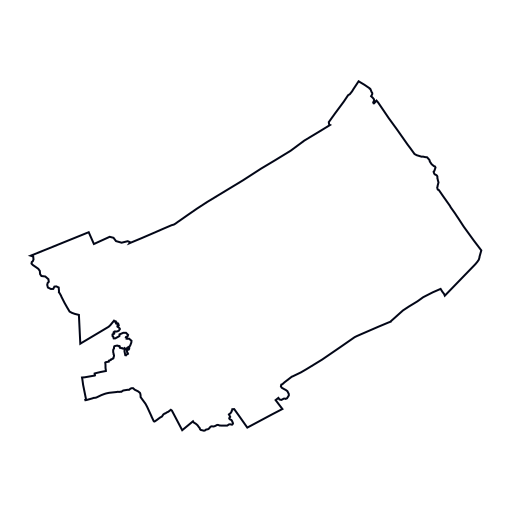 Izvoru, Arges, Romania
{"feature_id": "2599482B92103311949718", "entity_name": "Izvoru", "entity_type": "district", "adm_level": 2, "iso_a3": "ROU", "parent_name": "Romania", "parent_adm1": "Arges", "projection": "equal_earth", "projection_center": [25.054, 44.498], "detail": "fine", "context": "isolated", "style": "outline", "palette": "ink", "viewbox_px": 512, "rotation_deg": 0, "n_neighbors": 0, "source": "geoboundaries", "source_scale": "gbopen_adm2", "svg_char_len": 5931}
<svg xmlns="http://www.w3.org/2000/svg" viewBox="0 0 512 512"><path d="M247.3,427.6L272.4,414.2L282.4,409.0L275.6,400.1L278.4,397.9L279.5,399.5L281.4,399.9L283.9,398.6L285.0,398.6L285.6,398.9L287.0,398.3L288.8,395.5L288.8,394.0L287.4,391.2L285.8,390.0L284.1,389.1L281.7,387.7L280.9,386.4L281.3,384.6L282.4,384.2L284.5,382.3L291.9,376.6L292.4,376.5L300.9,372.4L306.4,369.2L322.1,359.6L340.2,347.2L354.6,337.2L356.8,336.1L361.6,334.0L378.2,326.8L388.7,322.4L390.6,321.7L390.8,321.6L390.8,321.3L403.0,310.4L409.1,306.4L413.9,303.5L417.5,301.3L423.2,297.2L432.8,292.3L440.6,288.9L442.2,291.5L444.1,294.0L444.8,295.7L474.3,265.3L475.7,263.8L477.5,261.6L478.1,260.7L478.8,259.7L479.5,257.3L479.5,256.8L481.3,250.4L473.7,240.4L463.7,226.6L458.5,218.6L456.6,215.8L455.1,213.5L450.7,207.3L449.9,205.8L443.1,196.2L438.9,190.1L438.1,189.8L437.7,189.4L437.5,188.8L437.2,187.5L437.6,186.3L437.6,185.8L438.5,182.4L437.9,180.4L437.6,178.8L437.4,178.4L437.4,176.7L437.2,176.1L436.9,175.6L436.0,174.9L435.0,174.5L434.4,173.9L434.1,173.3L433.6,171.8L434.4,170.8L435.5,167.5L435.0,166.5L433.9,166.1L431.6,164.2L429.8,161.5L429.6,160.4L429.3,159.8L427.1,157.3L425.1,157.1L423.0,156.6L421.6,156.7L416.7,155.2L414.5,154.0L410.7,148.7L407.6,144.6L397.0,129.5L388.7,118.1L382.2,108.5L378.2,102.6L376.5,100.6L374.1,103.3L373.6,103.3L373.2,102.4L374.2,100.3L373.9,99.2L372.7,97.7L371.1,96.2L371.9,94.9L372.3,93.9L372.2,92.9L371.4,91.7L371.1,90.7L370.3,88.9L369.7,88.7L369.6,88.3L364.3,84.7L358.6,81.3L353.3,89.3L352.1,91.3L349.8,94.2L348.1,95.2L343.8,101.6L335.2,113.2L328.8,122.1L328.9,123.0L329.2,124.6L330.0,125.0L322.2,129.8L304.3,140.6L290.7,150.7L275.0,160.3L261.1,168.6L243.0,180.3L207.3,201.9L196.7,208.8L187.3,215.3L178.9,221.2L178.4,221.5L175.5,223.6L173.8,224.6L171.6,225.2L163.4,228.7L153.1,233.2L141.5,238.2L139.8,238.9L129.7,243.1L130.3,242.3L127.7,241.2L121.6,242.7L116.0,241.1L113.5,237.8L109.7,236.8L93.9,244.0L88.7,232.2L82.1,234.9L30.7,255.7L33.2,256.5L33.5,259.5L32.8,261.2L31.8,262.0L31.5,263.6L32.8,265.0L35.6,266.9L38.3,268.8L39.8,270.9L40.1,274.1L41.4,276.0L45.3,276.5L48.4,279.2L48.8,281.8L47.7,282.9L47.2,284.9L47.9,287.5L50.9,289.0L53.3,288.9L54.4,286.6L56.3,286.4L58.7,287.5L59.0,291.3L58.9,292.3L59.5,293.0L61.1,295.8L61.3,296.5L64.5,302.8L67.1,307.4L69.6,311.6L71.3,312.5L71.8,312.8L74.8,313.9L78.9,314.9L80.3,343.7L81.9,342.7L108.6,326.8L110.3,325.2L114.0,320.7L114.4,321.1L114.6,321.3L114.8,321.2L115.2,321.2L115.6,321.3L115.8,321.4L115.8,321.5L115.9,321.8L115.9,322.0L115.6,322.4L115.6,322.5L115.8,322.7L116.3,322.4L116.5,322.4L116.6,322.6L116.5,322.8L116.4,323.1L116.1,323.3L116.1,323.5L116.5,323.6L117.3,323.5L117.7,323.4L118.0,323.4L118.2,323.6L118.1,323.9L117.9,324.3L117.6,324.6L117.6,324.8L117.7,325.0L118.1,325.0L118.5,324.9L118.7,325.0L118.8,325.3L118.7,325.5L118.2,325.9L117.9,325.9L117.6,325.8L117.4,326.1L117.4,326.6L117.9,327.0L118.8,327.6L119.4,328.1L119.9,329.0L118.9,330.6L117.5,331.3L116.1,331.6L115.0,331.4L114.5,331.5L113.6,332.3L113.6,332.6L114.3,333.2L114.2,333.7L113.8,333.9L113.3,334.0L112.8,334.2L112.5,334.4L112.5,335.4L112.6,336.2L113.2,336.5L113.7,338.4L115.2,338.4L119.4,336.1L119.5,335.6L119.5,334.4L123.3,332.8L126.0,332.8L128.1,334.9L127.6,336.3L126.7,336.6L126.0,337.0L125.9,337.3L126.4,337.4L126.8,337.8L126.6,338.7L127.1,338.8L129.1,338.7L131.5,340.8L131.3,342.6L130.2,345.5L129.2,347.0L129.2,348.7L128.8,349.5L128.0,349.8L127.5,349.8L127.5,349.5L127.7,349.3L128.4,348.8L128.3,348.3L128.1,348.0L128.1,347.5L128.2,347.2L127.7,347.5L127.8,347.8L127.7,348.7L127.3,348.8L127.1,348.7L126.9,348.6L126.6,348.4L126.4,348.5L126.4,348.9L126.5,349.1L126.5,349.4L126.6,349.5L126.9,349.5L127.1,349.6L127.1,349.9L126.8,350.6L126.9,351.2L127.1,351.7L127.1,352.2L127.7,353.0L128.0,353.8L127.8,354.0L127.2,354.2L126.2,354.9L126.0,355.3L125.3,355.2L124.5,351.4L124.5,350.6L124.9,348.8L124.5,348.1L123.6,348.7L123.0,348.7L122.5,348.3L122.1,348.1L121.7,348.2L121.3,348.2L120.7,347.8L120.1,347.9L119.8,347.4L119.6,346.9L119.7,346.3L119.3,346.1L119.2,346.0L118.5,346.1L118.2,346.0L117.7,345.6L116.9,345.7L116.4,345.7L114.4,346.2L114.3,346.3L114.0,347.3L114.0,348.4L113.3,349.6L113.2,350.1L113.2,350.7L113.2,352.2L113.6,353.7L113.6,354.4L113.9,354.9L114.0,355.3L114.0,355.9L113.8,356.6L113.5,357.9L113.4,358.2L113.1,358.3L113.1,358.5L112.9,358.7L110.9,359.5L110.8,360.0L110.6,360.1L110.2,360.2L109.7,360.4L109.0,360.6L108.8,360.9L108.8,361.6L108.0,361.8L106.7,362.0L105.8,362.2L105.4,362.4L105.2,362.7L105.4,363.6L105.5,365.5L105.5,367.5L105.6,368.6L105.8,369.8L105.9,370.9L105.9,371.0L100.6,372.0L96.4,373.0L94.6,373.5L94.6,373.8L95.0,375.3L94.9,375.5L94.5,375.6L93.3,375.8L84.7,377.3L82.0,377.5L82.4,379.6L83.1,384.8L86.1,399.7L85.3,399.9L85.4,400.2L86.6,400.0L92.3,398.4L93.7,397.9L95.1,397.8L96.4,397.5L101.4,395.1L104.6,393.9L106.3,393.4L109.1,392.8L116.7,392.0L117.5,391.8L119.8,391.9L120.3,391.7L121.3,391.8L123.2,390.5L127.5,389.8L129.1,389.8L130.5,388.6L131.7,388.2L133.1,388.2L134.7,389.7L138.0,391.3L139.9,392.8L140.2,393.5L140.4,394.2L140.6,395.7L140.6,397.1L145.5,403.8L146.9,406.4L147.4,407.4L150.1,413.3L151.5,416.3L151.5,416.6L151.7,416.9L153.7,421.1L154.2,421.5L154.5,421.5L155.1,421.2L157.2,419.7L160.0,417.6L162.0,416.5L162.9,415.1L163.4,414.4L164.7,413.5L164.9,413.5L165.4,413.4L166.8,412.4L167.8,412.0L168.5,411.6L170.8,409.8L171.9,410.6L182.2,430.2L193.0,421.3L193.6,422.4L195.9,423.8L197.5,425.2L199.0,427.3L199.6,427.9L200.0,429.1L200.7,429.9L203.9,430.7L204.9,430.5L206.0,429.6L206.5,429.5L208.0,429.2L208.6,428.9L209.8,427.6L210.1,427.2L210.5,426.8L211.0,426.5L211.7,426.3L213.5,426.5L214.9,426.1L216.3,425.4L217.0,425.0L217.8,424.9L218.7,425.1L219.5,425.5L221.8,425.6L227.2,425.6L229.2,424.3L230.2,424.3L232.0,424.7L232.6,424.2L233.0,423.3L232.1,421.1L231.4,420.0L230.0,419.4L229.4,418.8L229.2,418.2L230.2,416.9L228.9,414.4L230.5,413.2L231.7,411.4L231.8,410.4L232.1,410.0L232.4,409.8L232.4,409.2L234.2,409.1L238.5,415.1L247.3,427.6Z" fill="none" stroke="#020617" stroke-width="2"/></svg>